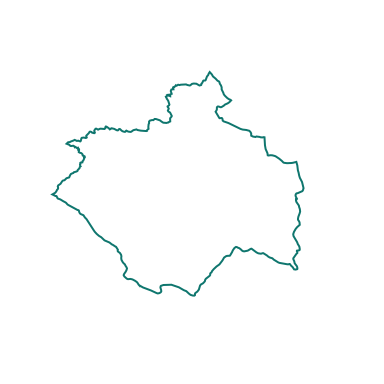 Gachetá, Cundinamarca, Colombia, rotated 125°
{"feature_id": "7082276B90187187212426", "entity_name": "Gachetá", "entity_type": "district", "adm_level": 2, "iso_a3": "COL", "parent_name": "Colombia", "parent_adm1": "Cundinamarca", "projection": "equal_earth", "projection_center": [-73.63, 4.871], "detail": "fine", "context": "isolated", "style": "outline", "palette": "teal", "viewbox_px": 384, "rotation_deg": 125, "n_neighbors": 0, "source": "geoboundaries", "source_scale": "gbopen_adm2", "svg_char_len": 6054}
<svg xmlns="http://www.w3.org/2000/svg" viewBox="0 0 384 384"><g transform="rotate(125 192 192)"><path d="M276.4,132.0L275.6,130.7L274.9,130.4L273.6,131.2L272.9,131.3L270.5,130.5L268.0,130.4L264.1,131.7L262.8,131.7L260.4,130.6L258.4,130.3L257.6,130.3L256.5,130.8L255.2,130.9L250.6,129.5L249.6,129.5L248.3,130.3L247.7,130.3L246.7,129.9L245.4,130.2L242.9,130.0L239.0,129.2L235.6,128.0L230.6,127.8L227.3,128.1L224.9,127.2L224.1,126.5L222.8,124.8L222.3,124.4L218.2,124.7L216.4,125.1L213.5,125.1L211.8,124.5L211.4,123.7L211.3,122.5L210.9,121.0L211.0,119.0L211.3,117.5L211.2,116.3L210.7,115.2L208.1,112.7L204.9,111.3L204.3,110.7L204.5,104.5L204.2,102.5L203.0,100.1L201.7,99.1L201.3,98.7L201.2,98.2L201.0,94.2L201.2,92.5L201.1,90.9L200.2,88.1L200.5,86.3L200.2,80.9L199.9,79.7L196.8,73.0L196.1,71.7L195.2,71.0L194.9,70.6L195.5,68.6L195.8,66.5L196.8,64.0L196.1,62.6L194.9,61.6L194.5,61.6L193.3,62.6L192.6,63.6L191.5,67.0L190.1,68.5L188.9,70.5L188.2,71.0L182.7,71.0L181.7,70.7L180.8,71.3L180.3,72.2L179.9,72.4L178.3,70.8L177.9,70.6L177.4,70.7L176.5,71.4L175.2,72.7L174.6,73.9L174.0,75.4L172.8,77.1L171.9,79.1L169.9,83.5L168.5,84.9L166.2,85.6L162.7,85.9L160.3,85.7L157.1,84.9L155.2,86.5L154.7,87.3L153.9,89.3L153.0,89.9L151.2,90.7L148.0,91.5L146.0,92.2L144.1,93.9L142.8,95.7L141.8,96.7L140.3,100.7L139.4,101.9L138.1,102.8L137.9,102.6L137.9,102.1L137.4,102.1L136.2,104.4L135.2,105.4L134.2,105.7L133.2,105.6L132.4,104.8L128.0,102.1L126.5,102.2L125.5,102.7L124.9,102.8L120.7,107.6L118.5,111.8L117.0,113.7L115.0,115.8L113.5,117.7L109.8,121.0L107.5,123.8L110.2,126.1L111.3,127.3L113.9,130.7L115.3,133.4L115.4,134.2L115.0,136.2L114.7,139.7L114.8,144.1L115.3,145.7L116.0,147.5L117.0,149.0L118.2,150.2L118.5,151.0L116.9,152.5L114.6,156.3L111.9,159.0L105.6,164.0L106.0,164.8L106.9,165.6L107.8,167.1L108.1,168.2L109.6,171.1L110.5,171.5L111.6,173.8L111.9,175.8L110.0,177.2L109.3,178.6L109.0,180.2L110.1,183.2L111.8,186.3L112.5,188.5L114.6,201.7L116.0,206.6L115.9,207.8L114.7,208.9L114.3,209.8L114.4,210.2L115.7,211.7L115.7,212.1L112.7,218.7L111.6,218.7L110.3,218.9L108.3,220.2L107.3,220.0L106.7,219.2L106.2,217.3L105.6,216.6L103.1,215.5L101.4,215.1L98.9,213.6L97.0,212.9L94.5,212.5L94.4,213.3L94.8,215.1L94.8,217.0L94.4,219.6L94.1,221.0L93.5,222.4L92.8,223.2L91.0,226.5L89.2,227.8L88.1,229.4L87.3,231.4L86.3,232.5L86.0,233.2L86.2,235.0L85.6,237.7L85.3,241.1L84.3,243.2L83.6,246.3L85.5,246.2L87.0,245.8L88.7,246.0L92.6,245.0L93.2,245.2L94.1,246.5L94.5,246.6L96.6,246.2L98.0,246.4L98.7,245.9L99.2,245.9L100.5,247.0L100.8,250.5L102.1,252.7L103.4,254.0L105.6,254.6L106.1,255.0L107.0,257.2L107.3,258.6L110.6,262.8L111.5,263.5L112.1,264.9L113.6,265.5L114.0,265.8L113.9,266.4L114.1,266.4L116.7,266.7L117.1,267.1L116.9,267.4L117.1,267.5L118.1,267.0L118.6,266.2L119.8,267.6L120.2,267.5L120.6,267.6L121.5,267.3L123.2,265.0L123.7,265.4L124.6,265.6L125.3,266.4L125.1,265.4L126.0,264.8L126.3,266.2L127.5,267.8L128.3,267.9L128.9,267.5L129.1,267.8L129.4,267.4L129.4,267.0L130.0,266.2L130.0,266.6L130.2,265.6L131.0,263.7L133.3,260.7L134.1,260.5L135.9,261.1L136.2,260.8L136.9,259.0L137.7,258.7L139.1,258.5L139.6,257.6L139.5,255.5L141.3,252.2L141.9,252.0L143.9,252.2L144.5,252.0L146.7,250.3L148.0,251.1L148.6,251.2L149.1,251.8L150.0,252.4L151.7,255.3L151.8,257.4L151.7,259.4L152.9,263.4L153.6,264.5L155.3,264.9L155.9,265.9L157.6,267.4L158.8,267.6L159.4,267.3L160.2,266.6L161.4,266.4L163.9,265.0L165.2,263.8L166.5,264.2L167.8,264.3L167.9,264.1L168.3,264.4L171.1,269.1L172.5,272.2L172.6,273.4L175.0,275.5L177.4,276.3L178.1,276.9L179.1,278.9L179.4,281.0L180.1,281.2L180.8,281.1L181.5,281.9L182.1,283.8L182.1,284.8L181.8,286.8L181.8,287.3L182.5,287.9L183.6,287.9L184.1,288.1L184.6,289.2L184.9,291.9L185.9,294.4L186.2,294.7L187.2,294.8L187.9,295.3L187.6,296.1L187.5,297.0L187.5,299.2L187.7,300.1L188.3,300.2L189.5,299.5L189.9,299.6L190.2,300.0L190.7,300.0L192.5,303.1L193.2,303.8L194.8,304.7L195.0,306.7L195.5,307.3L197.7,307.3L198.4,306.7L199.0,305.7L199.7,305.6L200.0,306.0L200.7,307.9L200.5,308.8L200.9,310.0L201.4,310.4L203.0,310.3L206.5,310.9L207.1,310.5L207.7,309.5L208.0,309.5L208.7,310.0L209.5,311.9L210.8,313.3L211.5,313.4L213.1,312.7L214.3,312.4L214.6,312.5L214.9,313.3L215.2,314.6L216.2,315.6L216.6,318.0L217.8,318.6L220.4,320.4L221.2,320.7L222.3,322.0L224.4,322.4L223.7,319.4L224.0,318.1L223.7,317.4L222.2,315.8L222.1,314.8L222.6,313.6L221.9,313.3L222.0,311.4L221.1,310.8L221.3,310.5L221.8,310.2L221.6,309.6L221.8,309.0L222.4,308.6L223.0,309.0L223.4,308.1L224.3,307.6L224.2,306.5L223.7,305.2L223.7,304.2L224.0,303.2L224.8,302.5L224.8,302.0L224.5,301.5L224.4,300.3L225.0,299.8L225.3,300.2L225.7,300.3L226.6,299.5L228.6,299.1L229.7,299.3L230.6,298.8L231.8,300.1L232.3,300.2L233.0,299.5L233.6,299.6L234.6,298.7L234.9,298.0L235.4,298.2L236.2,298.2L237.0,297.8L239.6,298.2L240.5,297.9L241.4,298.3L243.6,300.1L244.5,300.1L245.3,300.7L246.7,301.5L247.9,301.5L250.5,301.0L252.7,302.7L255.5,303.2L256.5,304.2L257.6,304.5L260.7,304.4L263.4,305.4L264.5,305.1L264.9,304.5L265.8,303.8L266.8,303.6L267.7,303.8L269.4,303.5L271.1,303.6L274.1,305.0L273.6,301.6L273.1,300.7L273.4,300.3L273.6,299.5L274.2,298.7L274.3,298.1L273.6,295.6L273.4,292.2L273.1,289.8L273.1,288.9L273.6,286.9L273.6,286.1L272.4,275.4L272.0,274.5L272.2,273.9L273.1,272.9L273.8,271.6L273.9,270.6L273.3,267.6L274.3,265.1L274.7,262.9L279.9,250.1L280.4,248.7L281.0,246.0L281.3,242.9L281.1,240.5L281.8,235.9L280.7,230.6L280.9,227.6L280.7,226.6L280.6,223.0L280.5,222.9L280.5,222.7L281.8,219.6L282.6,219.3L283.2,218.7L283.3,216.0L284.1,214.1L285.1,213.0L286.7,212.1L288.0,210.9L289.2,208.5L289.6,207.1L289.8,205.4L290.4,204.5L291.3,202.3L291.9,201.4L293.8,200.8L295.4,200.6L298.1,200.6L299.3,200.3L300.0,199.0L300.4,195.7L300.1,194.4L298.6,192.7L297.9,191.1L297.7,190.3L297.4,187.8L297.4,185.7L297.6,184.7L298.5,182.6L298.9,180.8L298.6,180.8L298.3,177.4L296.2,169.2L295.1,163.0L294.7,161.8L293.5,160.7L292.1,160.1L291.3,160.1L290.8,160.3L289.7,161.4L288.5,163.0L287.3,163.6L286.7,163.6L284.6,162.1L279.8,155.7L277.6,148.1L277.1,142.3L276.5,139.8L277.0,136.3L277.1,134.2L276.4,132.0Z" fill="none" stroke="#0f766e" stroke-width="2"/></g></svg>